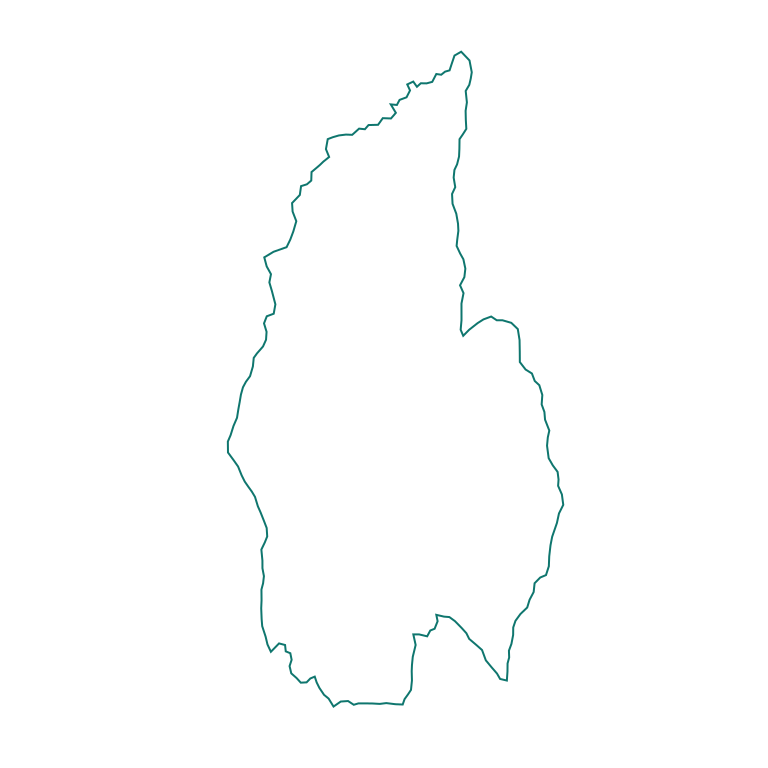 Curitiba, Paraná, Brazil, rotated 173°
{"feature_id": "56859067B20014913756231", "entity_name": "Curitiba", "entity_type": "district", "adm_level": 2, "iso_a3": "BRA", "parent_name": "Brazil", "parent_adm1": "Paraná", "projection": "equal_earth", "projection_center": [-49.292, -25.495], "detail": "fine", "context": "isolated", "style": "outline", "palette": "teal", "viewbox_px": 768, "rotation_deg": 173, "n_neighbors": 0, "source": "geoboundaries", "source_scale": "gbopen_adm2", "svg_char_len": 3003}
<svg xmlns="http://www.w3.org/2000/svg" viewBox="0 0 768 768"><g transform="rotate(173 384 384)"><path d="M298.2,74.7L296.5,83.5L295.4,91.6L293.1,97.3L292.5,104.1L289.2,110.5L286.4,119.2L285.4,126.6L282.4,132.9L276.6,139.1L269.1,144.7L265.8,152.1L260.8,159.3L258.8,167.9L252.5,172.9L246.5,174.6L242.6,183.0L241.0,192.8L238.4,203.6L235.7,211.9L229.3,225.0L226.1,234.2L220.8,242.2L220.9,252.7L223.6,261.7L222.4,267.9L222.4,275.6L226.4,282.7L229.6,290.3L229.7,302.9L227.9,311.1L225.6,317.6L228.5,329.0L228.2,336.7L230.0,344.5L228.2,353.8L230.0,363.9L234.0,368.6L235.9,376.4L241.7,381.1L246.5,389.2L245.3,399.6L244.1,411.1L244.5,422.2L250.2,429.2L258.6,432.8L264.3,433.5L269.4,437.9L277.4,436.0L283.7,433.0L292.8,427.5L299.5,422.2L301.3,428.5L299.3,437.9L297.3,454.4L294.0,464.5L296.5,472.7L291.2,480.3L289.2,488.6L290.0,498.1L292.5,504.2L295.1,512.2L293.7,518.4L291.5,527.0L291.0,534.1L291.5,544.2L294.0,554.5L293.3,564.3L289.3,570.7L289.7,580.4L288.0,587.9L284.7,593.1L281.8,600.6L280.5,608.3L279.2,617.8L275.4,622.1L271.2,627.2L270.6,636.2L269.7,645.2L267.4,653.4L267.2,664.9L262.9,670.5L260.7,676.5L258.9,682.7L259.7,694.7L266.9,704.4L274.0,701.4L277.7,693.7L280.7,687.3L285.3,686.6L289.5,684.0L294.3,685.3L299.3,678.0L305.1,677.2L310.8,678.0L315.1,675.0L318.1,680.6L324.4,678.5L322.4,672.2L326.7,665.8L333.9,664.1L337.2,659.4L343.2,660.7L339.2,651.7L344.7,646.7L352.8,648.0L358.3,642.0L367.8,642.9L371.9,639.2L377.6,640.5L385.2,635.2L391.4,636.2L398.5,636.2L404.7,635.2L410.0,633.9L413.0,624.2L410.8,616.0L417.1,612.1L421.1,609.1L425.8,606.0L430.1,603.2L431.4,594.8L436.2,591.6L442.2,590.5L444.5,581.9L453.2,574.8L453.7,566.3L451.2,556.3L455.4,546.5L459.4,538.8L464.0,531.7L477.5,528.7L487.4,524.3L486.1,515.0L482.8,506.8L485.4,498.8L483.9,489.7L482.1,476.3L484.9,467.2L492.1,465.5L495.7,458.8L494.2,450.1L495.7,442.3L499.5,436.0L506.4,429.8L510.1,425.8L512.0,417.4L516.0,408.1L520.8,403.0L524.4,397.9L527.3,390.9L529.5,383.5L531.6,376.8L534.0,368.4L538.5,360.7L542.5,351.9L546.0,345.9L547.2,335.0L542.7,327.0L538.9,319.9L536.4,310.6L534.1,304.1L531.1,298.4L528.3,293.3L525.8,287.7L524.1,278.0L522.1,271.4L519.9,263.0L518.0,255.4L518.5,246.9L521.6,241.3L525.9,234.6L526.2,223.5L527.1,216.0L526.6,207.9L528.3,200.9L530.7,194.9L531.9,184.2L533.2,176.4L534.1,165.6L534.4,158.5L532.3,147.7L531.4,139.7L528.9,132.0L519.8,139.3L514.0,137.0L514.1,130.6L509.8,128.2L509.3,121.5L512.1,115.5L511.3,108.1L506.6,102.8L503.0,97.7L497.2,97.3L493.0,100.7L488.4,102.0L487.2,96.0L485.2,90.3L481.4,82.8L477.3,78.5L473.4,70.0L465.6,74.1L458.3,73.7L453.1,69.3L448.3,70.1L441.7,69.3L434.4,68.3L427.2,67.0L420.6,67.0L411.8,64.8L404.5,63.6L402.0,68.7L398.0,73.0L394.5,77.1L392.4,86.3L391.5,95.6L390.5,101.6L388.7,109.7L384.4,121.1L385.4,131.9L379.7,131.2L371.9,128.3L368.1,133.7L363.6,134.9L359.7,142.0L360.2,148.5L352.8,145.8L347.5,144.7L342.5,140.0L336.6,132.3L332.6,126.6L330.5,120.6L324.4,114.0L319.1,108.0L316.6,97.3L311.6,89.5L307.1,82.8L304.7,77.1L298.2,74.7Z" fill="none" stroke="#0f766e" stroke-width="2"/></g></svg>